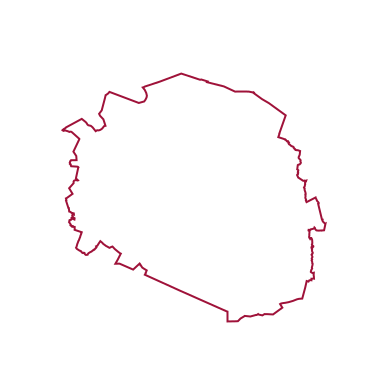 outline of San José Iturbide, Guanajuato, Mexico, rotated 197°
{"feature_id": "50627088B9670324161736", "entity_name": "San José Iturbide", "entity_type": "district", "adm_level": 2, "iso_a3": "MEX", "parent_name": "Mexico", "parent_adm1": "Guanajuato", "projection": "orthographic", "projection_center": [-100.403, 21.001], "detail": "fine", "context": "isolated", "style": "outline", "palette": "rose", "viewbox_px": 384, "rotation_deg": 197, "n_neighbors": 0, "source": "geoboundaries", "source_scale": "gbopen_adm2", "svg_char_len": 5823}
<svg xmlns="http://www.w3.org/2000/svg" viewBox="0 0 384 384"><g transform="rotate(197 192 192)"><path d="M120.2,78.6L112.2,81.2L110.3,81.9L108.6,85.2L105.7,88.4L105.4,88.9L99.8,90.0L94.9,93.1L94.4,93.2L93.9,93.6L93.4,94.2L93.1,94.6L92.8,94.4L92.2,94.3L88.6,94.6L87.1,96.3L86.7,96.6L85.8,96.7L85.1,97.0L78.7,98.6L71.8,107.8L75.0,110.6L74.6,111.1L73.9,111.6L72.6,112.3L70.4,113.3L67.4,114.9L63.6,117.4L60.2,120.1L58.5,121.1L55.4,122.3L55.8,133.8L56.3,140.4L54.4,140.4L54.2,141.3L54.0,141.8L52.8,142.4L52.0,142.5L52.4,144.0L51.6,144.2L50.8,144.7L50.0,144.8L50.9,147.2L51.4,148.1L51.9,150.4L53.0,149.7L53.7,149.9L54.7,150.1L55.0,150.3L55.1,150.7L55.1,152.6L54.7,153.9L55.3,154.8L55.4,157.1L55.6,158.6L55.8,158.8L56.1,158.9L56.6,160.3L57.6,161.6L57.3,162.4L58.0,163.2L58.1,163.6L57.8,164.8L57.9,165.3L58.8,166.3L59.0,166.6L59.3,166.9L59.0,167.4L59.1,167.9L58.7,168.4L58.8,169.3L59.6,170.1L59.9,170.6L60.5,172.0L60.4,172.5L60.6,172.8L60.8,173.0L61.1,173.1L61.4,173.5L61.6,174.0L61.5,175.1L61.4,175.2L60.9,175.4L60.4,174.9L60.2,174.8L60.0,175.2L60.2,175.7L61.2,176.1L62.0,176.8L62.0,177.2L61.9,177.6L62.1,178.6L63.0,181.1L63.4,181.8L64.0,182.5L64.5,182.9L65.1,182.7L65.2,182.0L65.3,181.7L65.4,181.8L65.6,181.9L66.6,182.7L67.0,183.8L67.0,184.6L67.5,185.9L67.7,187.0L68.0,188.4L68.1,188.6L68.7,189.0L69.3,189.2L69.4,189.9L67.9,190.2L67.7,190.9L67.2,191.0L66.7,191.5L65.6,192.1L64.5,193.0L64.5,193.8L63.9,193.5L63.5,192.8L63.0,192.3L61.9,191.7L61.4,191.7L59.6,192.1L56.9,193.1L56.7,193.0L56.0,193.4L55.2,193.7L54.5,194.0L55.1,200.8L55.2,200.7L55.6,200.6L56.7,201.3L57.3,201.5L57.8,201.8L58.5,202.3L58.8,202.7L59.0,203.8L59.7,203.7L67.8,217.4L67.5,217.5L67.5,218.1L67.6,218.3L67.7,218.7L68.5,219.3L69.7,220.0L71.2,221.7L71.7,222.1L72.2,222.9L79.5,215.8L80.0,216.3L80.4,217.1L80.7,217.3L80.7,218.1L81.6,219.1L82.0,219.8L82.2,221.4L82.7,222.2L82.7,222.6L82.9,222.8L82.8,223.2L82.7,223.4L83.0,223.8L83.4,224.8L84.8,226.7L85.2,227.7L85.3,228.3L86.2,228.9L86.1,229.6L85.9,230.2L85.9,230.9L86.1,232.0L86.0,232.4L86.5,233.6L86.7,234.3L86.3,235.0L86.1,235.3L86.1,236.3L86.7,235.9L87.8,235.8L87.9,235.7L88.5,235.4L88.9,235.2L94.7,236.9L95.3,237.7L95.5,238.0L96.1,238.4L96.4,238.9L96.3,239.0L96.3,239.3L95.9,239.9L95.9,240.6L96.0,240.8L96.4,241.1L96.2,241.6L96.2,241.9L96.7,242.5L96.6,243.4L96.7,243.9L97.4,244.3L98.0,244.4L98.7,248.7L98.4,249.1L97.2,249.8L97.0,250.1L96.8,250.7L96.5,251.1L96.5,252.0L97.4,253.1L97.4,254.1L97.6,254.3L98.9,255.1L99.5,255.3L99.9,255.7L99.9,255.8L100.0,255.9L100.2,256.5L99.9,259.1L100.6,262.8L103.2,262.9L104.0,262.6L104.9,262.5L105.0,262.7L105.4,262.8L105.5,262.7L105.8,262.7L106.2,263.3L106.5,263.4L106.9,263.4L107.1,263.7L107.7,264.0L107.8,264.5L109.0,265.0L109.6,264.9L111.0,265.2L112.2,265.9L113.1,266.0L113.9,266.7L113.8,267.4L113.7,267.6L114.0,267.8L114.5,268.2L115.2,268.0L115.6,268.2L115.6,268.5L116.1,268.3L117.6,269.3L118.0,269.2L118.3,269.6L118.9,269.5L119.8,269.6L125.5,269.7L125.4,273.2L125.6,273.3L124.8,292.7L144.6,299.5L152.2,301.3L162.1,304.7L161.9,305.2L162.6,305.4L163.1,305.0L167.2,304.6L177.1,301.6L179.3,300.9L180.2,300.6L192.4,302.3L209.7,301.4L209.4,302.3L216.0,302.3L217.1,301.7L236.9,302.1L255.1,288.1L268.0,279.0L268.7,278.2L269.6,277.6L267.0,275.8L264.7,273.3L263.3,270.9L263.1,269.1L263.5,266.6L264.2,264.6L268.9,261.6L300.2,263.6L301.0,261.7L302.0,260.4L302.4,259.8L302.9,259.4L302.7,256.5L302.2,243.7L303.7,239.6L302.2,238.0L298.0,235.6L294.1,230.0L295.4,229.2L296.1,227.2L296.8,225.8L298.1,224.4L299.3,223.6L300.8,223.3L301.9,222.0L306.0,224.8L308.1,225.7L310.7,225.5L311.8,226.0L312.7,226.9L314.1,227.8L318.8,229.7L331.4,216.9L331.6,216.3L333.2,214.5L333.4,214.1L334.0,213.3L334.0,213.2L332.7,212.9L331.4,213.8L328.4,213.8L326.8,213.6L326.3,214.0L325.3,214.3L324.4,214.1L315.3,209.9L315.2,209.5L317.2,195.9L313.2,192.6L311.7,188.7L317.0,187.0L317.1,186.8L317.2,186.1L317.4,186.0L317.5,185.5L317.4,184.7L317.5,184.3L317.2,184.0L317.0,183.1L316.1,183.0L315.9,182.7L315.7,182.0L315.1,181.3L309.1,182.7L308.4,182.7L308.1,182.4L307.8,182.3L307.9,181.8L307.0,171.1L304.4,169.8L304.6,169.6L306.8,169.4L308.1,168.3L308.3,167.4L307.8,165.8L310.6,159.7L305.7,155.3L310.1,149.5L310.7,149.0L309.7,147.4L310.0,147.0L305.5,140.5L305.1,140.6L303.7,137.4L302.3,137.4L301.1,136.8L300.0,137.0L299.6,136.9L298.8,137.0L298.5,136.3L298.8,136.4L299.1,136.4L299.3,136.4L299.6,136.0L299.4,135.8L299.1,135.3L299.7,134.8L299.7,134.5L299.5,134.2L298.9,133.6L298.1,133.0L296.6,132.6L296.4,131.3L298.4,131.5L298.8,131.7L298.9,131.9L299.1,132.1L299.5,132.2L299.7,131.9L299.4,131.3L299.4,130.9L299.3,130.5L299.4,130.2L300.9,129.3L300.9,128.7L300.8,128.1L300.5,127.7L300.7,127.2L298.5,125.5L298.6,124.7L298.1,124.4L297.4,124.2L297.4,124.5L296.0,124.5L296.0,123.8L294.0,124.3L293.6,123.1L293.2,121.5L285.7,121.3L285.7,120.7L286.0,120.3L285.7,119.7L285.9,117.3L285.8,116.2L286.0,114.6L286.0,114.0L286.0,113.8L286.1,112.4L286.3,112.1L286.4,109.9L286.5,108.8L286.4,105.7L286.6,104.8L285.6,104.0L282.2,103.0L281.8,103.1L281.0,102.8L280.8,102.9L280.2,102.5L280.2,102.4L279.8,102.1L279.2,101.8L278.6,101.7L278.3,101.8L278.0,102.2L277.7,102.3L277.1,102.3L277.0,101.9L276.1,101.2L275.2,100.8L274.8,100.9L273.5,101.5L273.5,102.1L273.1,103.2L271.5,105.0L270.7,105.6L270.6,105.9L269.7,107.1L269.4,107.7L269.2,107.6L268.5,108.3L268.4,108.7L268.0,109.4L267.9,109.6L268.0,109.6L267.2,111.3L267.8,112.0L267.5,112.2L267.3,112.5L266.8,113.0L266.2,115.3L265.3,118.2L262.9,117.2L261.9,116.5L258.2,115.2L257.4,115.1L254.8,114.5L254.5,114.5L254.3,114.7L253.2,115.8L252.1,116.6L249.2,114.9L244.9,113.1L242.4,112.2L242.1,112.2L243.2,105.8L244.3,101.0L240.6,102.2L240.3,102.3L225.6,100.6L221.2,108.2L220.3,107.3L220.2,107.5L217.5,105.2L215.5,104.6L212.4,103.8L212.5,102.8L212.5,102.3L212.5,102.2L212.7,101.0L212.5,100.8L212.9,99.1L174.4,94.1L124.0,88.0L123.1,88.0L120.2,78.6Z" fill="none" stroke="#9f1239" stroke-width="2"/></g></svg>